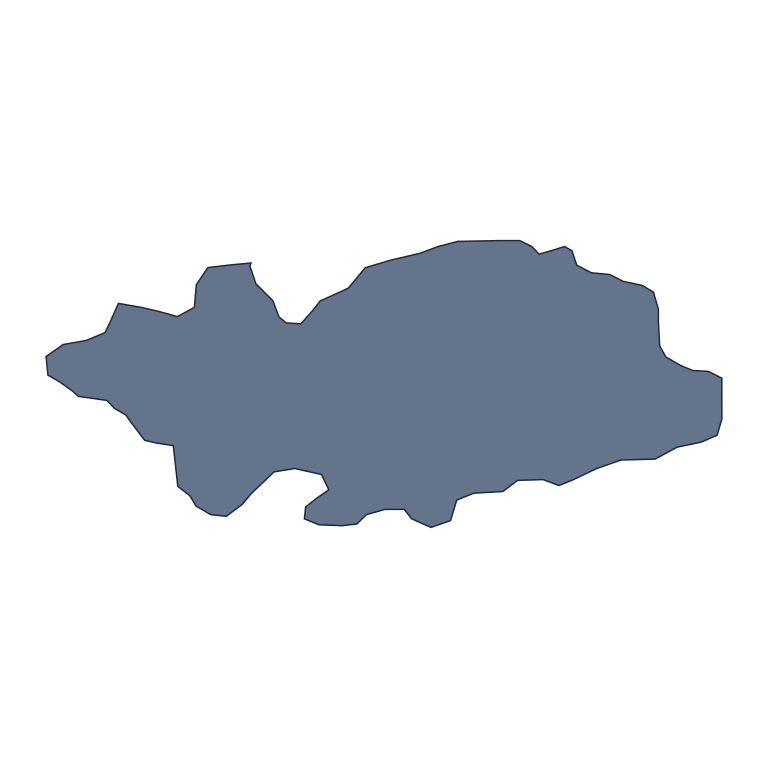 Hylte, Halland, Sweden (Robinson projection)
{"feature_id": "70781695B16577787693192", "entity_name": "Hylte", "entity_type": "district", "adm_level": 2, "iso_a3": "SWE", "parent_name": "Sweden", "parent_adm1": "Halland", "projection": "robinson", "projection_center": [13.281, 56.995], "detail": "fine", "context": "isolated", "style": "filled", "palette": "slate", "viewbox_px": 768, "rotation_deg": 0, "n_neighbors": 0, "source": "geoboundaries", "source_scale": "gbopen_adm2", "svg_char_len": 1349}
<svg xmlns="http://www.w3.org/2000/svg" viewBox="0 0 768 768"><path d="M431.0,527.4L450.6,520.5L456.7,500.1L473.7,493.2L502.9,491.5L517.5,480.4L543.1,479.6L558.9,485.5L573.5,479.6L596.7,468.5L621.0,460.0L655.1,459.1L677.0,447.2L701.3,442.1L717.1,435.2L721.9,419.0L721.8,378.2L717.1,375.8L708.4,371.4L692.6,370.5L680.4,365.4L665.8,356.9L659.7,345.9L658.4,322.1L658.4,309.3L653.5,292.3L642.5,285.5L623.0,281.3L609.7,274.5L591.4,272.8L576.8,265.2L571.9,250.8L564.6,246.5L553.7,249.9L539.1,254.2L531.8,246.5L519.7,240.6L499.0,240.6L457.7,241.4L438.2,246.5L420.0,253.3L390.8,260.1L365.3,267.7L348.3,288.1L337.4,293.2L320.3,300.8L313.0,310.2L300.9,323.8L286.3,322.9L279.0,317.0L272.9,300.8L255.9,283.8L249.9,266.0L251.0,263.0L230.6,264.9L207.8,267.6L196.3,284.8L194.4,307.4L177.3,316.6L158.3,311.3L141.2,307.4L118.4,303.4L110.8,320.6L105.1,332.6L86.0,340.5L63.2,344.5L46.1,356.5L47.9,375.1L59.3,381.7L72.6,391.1L78.3,396.4L106.8,400.4L114.4,408.3L117.2,410.0L125.8,415.0L131.5,423.0L144.7,440.3L156.2,443.0L173.3,445.6L177.8,486.4L189.9,495.8L196.0,506.0L210.6,514.6L226.4,516.3L242.3,504.3L250.8,494.1L260.6,484.7L274.0,471.9L294.7,468.5L321.5,474.5L328.8,489.8L316.6,498.3L305.6,506.9L304.4,518.8L319.0,524.8L342.2,525.7L356.8,524.0L366.5,514.6L384.8,509.4L404.3,509.4L411.6,518.8L431.0,527.4Z" fill="#64748b" stroke="#1e293b" stroke-width="1.5"/></svg>